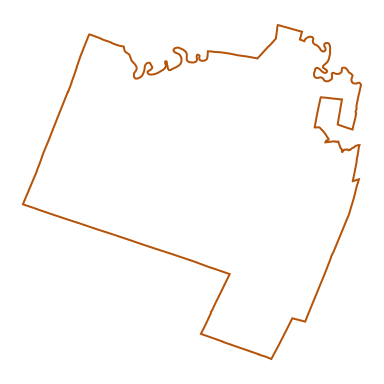 Luciu, Buzau, Romania
{"feature_id": "2599482B85602684300411", "entity_name": "Luciu", "entity_type": "district", "adm_level": 2, "iso_a3": "ROU", "parent_name": "Romania", "parent_adm1": "Buzau", "projection": "natural_earth1", "projection_center": [27.091, 44.965], "detail": "fine", "context": "isolated", "style": "outline", "palette": "amber", "viewbox_px": 384, "rotation_deg": 0, "n_neighbors": 0, "source": "geoboundaries", "source_scale": "gbopen_adm2", "svg_char_len": 5728}
<svg xmlns="http://www.w3.org/2000/svg" viewBox="0 0 384 384"><path d="M305.2,321.6L307.2,316.5L325.2,272.6L331.1,257.4L331.3,256.2L333.7,251.4L340.8,234.2L347.5,217.8L348.4,215.9L349.2,213.8L349.6,212.2L353.3,199.9L354.0,197.4L357.0,185.3L358.0,182.6L358.9,179.3L352.8,181.2L352.7,181.0L352.8,180.5L353.0,180.2L356.5,162.7L356.9,158.2L357.4,156.3L357.6,155.6L357.9,153.4L358.3,151.6L358.2,151.2L358.5,149.4L359.0,146.5L359.5,145.1L358.6,145.1L358.2,145.1L355.6,145.9L355.1,146.2L354.8,146.5L354.2,147.2L353.9,147.5L353.3,147.6L351.8,148.4L351.1,148.9L350.5,149.7L350.2,149.8L349.6,149.8L349.3,149.8L348.7,150.3L348.3,150.2L348.1,150.1L347.5,149.5L347.3,149.4L346.4,149.5L345.4,149.8L344.8,149.7L344.4,149.7L343.9,149.9L343.6,150.1L342.9,151.3L342.5,151.9L342.2,152.0L341.9,151.7L341.9,150.2L341.9,149.5L341.7,149.2L341.4,148.9L340.8,148.3L340.5,147.9L340.3,147.4L340.0,146.4L339.7,145.5L338.6,142.8L338.4,141.6L338.2,141.5L338.0,141.4L336.8,141.9L336.3,141.9L335.7,141.4L335.2,141.4L334.6,141.7L334.0,141.4L333.7,141.3L333.0,141.3L332.2,141.5L331.6,141.7L331.0,141.8L330.3,141.8L329.9,141.7L329.5,141.7L329.0,141.9L327.6,142.1L325.4,142.3L325.5,141.8L326.2,140.8L328.7,139.4L328.7,139.2L324.9,133.4L323.2,131.2L322.1,130.2L319.8,127.7L319.4,127.4L318.9,127.3L315.1,127.5L314.7,127.4L315.4,123.3L317.3,113.1L320.4,98.6L320.6,97.7L320.8,97.3L325.9,97.7L330.0,98.2L330.7,98.2L333.2,98.6L338.7,99.1L339.5,99.3L341.5,99.3L342.0,99.4L341.8,100.5L340.8,106.0L338.4,120.1L337.7,124.5L338.4,124.7L339.3,125.1L346.5,127.6L348.0,128.1L350.5,128.9L352.5,129.5L353.7,124.3L354.2,122.3L355.2,118.5L356.2,113.1L355.9,112.8L355.7,112.2L355.6,111.7L355.7,111.1L356.5,109.4L356.6,108.9L356.6,108.3L356.4,107.3L356.7,104.5L357.8,99.0L358.4,96.5L358.4,96.2L359.6,91.2L361.0,84.7L360.1,83.3L359.3,82.8L358.5,82.7L356.2,83.5L355.1,83.6L353.9,83.4L353.1,83.1L352.7,82.6L352.4,82.4L352.0,82.2L351.8,81.1L351.3,80.1L351.6,78.7L352.6,75.7L352.4,75.2L351.7,74.3L350.8,73.5L349.5,72.8L348.6,72.1L347.8,70.5L346.9,69.3L345.2,67.8L343.9,67.6L343.0,67.7L342.0,68.3L341.8,69.6L341.7,71.4L341.3,72.4L339.6,73.6L338.4,73.9L337.1,74.0L335.8,73.8L334.4,73.2L333.1,72.8L332.6,72.9L331.9,73.6L331.8,74.3L332.0,75.3L332.1,76.6L332.1,77.8L331.7,79.1L330.0,80.3L328.4,81.1L327.5,81.3L325.9,81.2L325.0,81.0L324.2,80.3L323.5,79.2L322.8,78.4L322.0,77.8L320.9,77.3L320.1,77.3L318.9,77.7L317.1,78.0L316.1,77.8L315.0,77.2L314.5,76.5L314.1,75.3L314.0,74.0L314.1,73.0L314.9,70.7L315.1,70.2L315.1,69.4L315.7,68.3L317.1,67.8L318.5,68.3L319.5,69.0L320.6,70.0L321.3,70.8L322.0,71.5L323.4,72.4L324.5,72.9L325.0,72.9L325.6,72.9L326.4,72.5L326.8,72.0L327.1,71.0L326.6,70.1L323.1,67.7L322.9,67.0L323.1,66.0L323.2,65.8L326.6,62.8L327.6,61.7L328.6,59.8L329.0,58.5L329.6,55.7L330.0,54.2L330.1,52.8L330.0,51.2L330.2,48.2L330.1,47.0L329.7,45.1L328.9,43.7L327.9,43.1L326.7,43.0L325.4,43.2L324.7,43.8L324.3,44.4L324.2,45.6L324.4,46.5L325.3,47.6L325.6,49.3L325.4,50.2L324.6,51.1L324.4,51.3L323.6,51.5L322.6,51.4L321.5,50.7L320.7,49.9L320.1,48.9L319.4,47.7L318.5,46.7L317.2,45.6L316.1,44.9L314.9,44.5L314.1,43.9L313.2,42.9L312.8,41.3L313.1,39.5L313.3,38.4L312.2,37.0L310.3,36.7L309.7,36.7L307.7,37.4L305.7,38.7L305.0,39.7L304.4,41.2L299.9,39.5L302.0,31.8L277.9,25.0L277.5,26.1L276.3,35.5L276.0,36.9L276.0,38.4L272.2,42.7L269.7,45.5L268.4,46.5L257.4,58.5L255.9,58.1L247.5,56.6L237.9,55.3L230.3,53.7L222.9,52.6L220.8,52.3L213.9,51.9L213.0,51.6L211.6,51.5L207.9,51.3L207.5,56.6L207.3,57.6L206.8,59.1L205.9,59.9L204.5,60.7L202.3,60.8L200.5,60.5L199.7,59.8L199.3,59.0L199.3,57.4L199.5,56.3L199.5,55.6L198.5,54.8L197.4,54.8L196.9,55.2L196.6,56.6L196.7,57.3L197.0,58.7L196.9,60.0L196.7,60.7L196.0,61.5L194.9,62.1L193.4,62.5L191.2,62.4L189.8,62.2L188.7,61.9L187.2,60.7L186.7,59.4L186.7,58.0L186.9,55.1L186.7,53.6L186.0,52.1L185.3,51.4L183.8,50.1L183.2,49.7L179.2,47.9L177.8,47.6L177.1,47.6L174.8,48.3L173.9,49.2L173.5,50.0L173.9,51.4L175.2,52.5L178.6,54.0L179.6,54.7L180.6,56.2L181.3,57.8L181.5,59.3L181.5,61.0L181.3,62.0L180.5,63.8L179.8,64.6L178.6,65.8L177.0,66.7L175.4,67.5L173.3,68.5L172.0,69.1L171.1,69.7L170.3,70.1L168.8,69.9L168.1,69.0L167.8,67.9L167.5,66.2L167.1,64.8L166.8,62.6L166.8,61.8L166.4,61.4L165.7,61.3L165.2,61.6L165.0,62.6L165.4,63.8L166.0,65.3L165.6,66.7L165.0,68.1L163.3,69.7L160.4,71.4L157.9,72.9L156.8,73.3L155.1,74.0L151.5,74.6L150.3,74.6L149.3,74.3L148.3,73.8L147.7,72.8L147.5,72.0L147.9,71.3L150.4,69.9L151.4,69.1L152.2,67.8L152.3,67.2L149.9,62.9L148.6,62.7L146.8,63.3L145.9,64.2L145.3,65.1L144.8,66.3L144.6,68.8L144.2,70.8L143.0,74.1L142.2,75.5L141.5,76.3L139.9,77.5L137.9,78.3L137.2,78.6L136.4,78.6L135.4,78.5L134.9,78.1L134.3,77.2L133.9,76.0L134.0,74.1L134.1,73.5L134.5,72.6L136.1,70.5L136.6,69.2L136.6,67.5L136.2,66.3L135.3,64.7L132.3,61.5L131.6,60.6L129.3,54.5L125.5,51.9L124.6,50.8L124.5,49.8L123.8,47.2L123.8,46.6L118.9,45.6L115.1,44.3L113.6,43.8L111.6,42.9L111.5,42.7L110.5,42.2L109.5,41.9L107.4,41.1L106.5,40.9L103.6,39.9L99.2,37.9L90.8,34.8L89.8,34.5L89.2,34.5L88.2,36.7L80.5,56.1L76.6,67.5L76.7,67.8L75.3,71.8L73.8,76.0L71.4,82.7L71.5,83.0L68.1,91.8L67.9,91.7L59.5,112.8L59.1,113.9L57.8,116.9L55.3,123.4L53.6,127.5L49.5,138.2L43.6,152.5L42.2,156.2L41.4,158.8L39.2,164.7L37.4,169.2L36.5,172.1L33.7,178.6L23.5,202.9L23.1,204.1L23.0,204.3L25.2,205.1L34.5,208.2L38.0,209.5L49.9,213.6L68.8,219.9L78.4,223.0L97.6,229.5L108.6,233.0L133.7,241.4L142.1,244.3L154.8,248.5L162.5,251.0L172.3,254.2L194.6,261.7L203.1,264.9L207.0,266.3L207.9,266.7L213.5,268.5L229.7,274.1L219.8,294.4L215.4,303.2L211.8,310.9L210.9,312.0L211.0,312.9L206.9,321.8L204.0,327.8L200.9,333.9L207.8,336.3L223.0,341.7L222.9,341.9L235.9,346.4L254.7,352.9L258.8,354.3L258.7,354.5L265.7,356.7L271.3,359.0L278.7,345.2L286.1,330.7L292.3,318.3L305.2,321.6Z" fill="none" stroke="#b45309" stroke-width="2"/></svg>